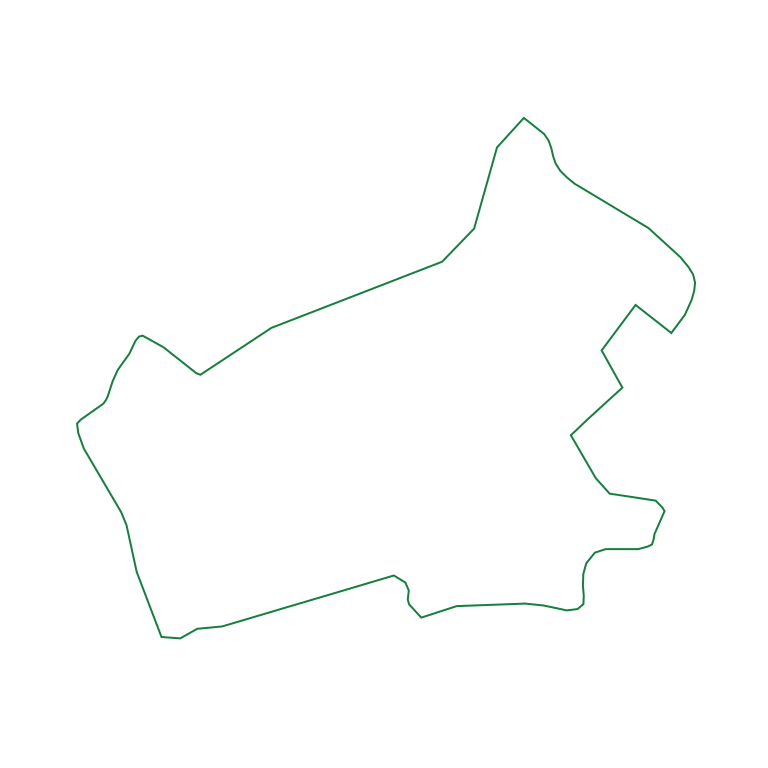 the border of Grad Zagreb, rotated 189°
{"feature_id": "HRV-1589", "entity_name": "Grad Zagreb", "entity_type": "City", "adm_level": 1, "iso_a3": "HRV", "parent_name": "Croatia", "parent_adm1": "", "projection": "natural_earth1", "projection_center": [15.947, 45.796], "detail": "fine", "context": "isolated", "style": "outline", "palette": "green", "viewbox_px": 768, "rotation_deg": 189, "n_neighbors": 0, "source": "natural_earth", "source_scale": "10m", "svg_char_len": 1124}
<svg xmlns="http://www.w3.org/2000/svg" viewBox="0 0 768 768"><g transform="rotate(189 384 384)"><path d="M344.3,196.4L506.0,119.2L530.2,113.0L545.4,100.9L564.2,99.3L598.9,159.8L616.2,204.2L623.4,216.1L670.4,273.3L678.2,287.5L681.0,296.8L678.1,301.2L658.1,320.7L656.1,324.7L654.9,328.7L652.5,344.0L649.5,355.2L648.7,357.2L640.2,374.2L636.2,387.8L633.4,392.5L630.0,394.0L607.6,385.8L571.2,365.4L566.8,364.4L503.9,421.9L345.7,513.9L319.3,551.6L309.4,635.3L287.5,668.7L264.9,655.9L259.5,650.2L255.5,642.8L252.6,635.5L248.9,628.5L243.2,622.1L235.6,616.6L227.0,611.6L147.2,579.4L111.2,555.7L101.6,547.2L96.2,541.0L94.8,538.2L92.6,532.6L92.2,525.0L93.2,515.7L97.6,499.5L108.2,479.3L147.9,501.4L174.3,451.2L148.0,417.7L177.2,381.2L191.4,362.6L160.1,324.1L144.0,311.0L97.5,311.3L89.9,305.7L87.0,302.3L93.4,278.0L93.4,272.7L94.2,267.5L98.2,264.6L107.0,260.7L139.2,255.6L149.4,250.4L156.2,238.5L157.4,227.5L156.0,216.0L153.6,206.2L152.6,197.8L157.6,192.0L168.0,189.0L191.6,190.2L210.2,189.2L277.4,176.0L310.7,159.1L324.8,170.4L326.8,174.8L327.2,183.9L331.8,191.2L344.3,196.4Z" fill="none" stroke="#15803d" stroke-width="2"/></g></svg>